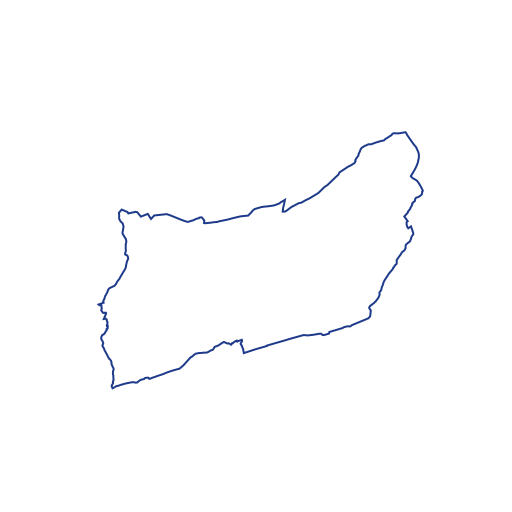 Poienarii De Arges, Arges, Romania (Robinson projection), rotated 324°
{"feature_id": "2599482B93022961694156", "entity_name": "Poienarii De Arges", "entity_type": "district", "adm_level": 2, "iso_a3": "ROU", "parent_name": "Romania", "parent_adm1": "Arges", "projection": "robinson", "projection_center": [24.518, 45.066], "detail": "fine", "context": "isolated", "style": "outline", "palette": "blue", "viewbox_px": 512, "rotation_deg": 324, "n_neighbors": 0, "source": "geoboundaries", "source_scale": "gbopen_adm2", "svg_char_len": 6008}
<svg xmlns="http://www.w3.org/2000/svg" viewBox="0 0 512 512"><g transform="rotate(324 256 256)"><path d="M380.2,338.3L381.8,337.4L382.4,336.5L383.5,335.2L385.0,334.8L389.0,334.7L391.8,333.0L392.5,332.3L393.4,331.8L394.4,331.3L395.6,331.1L396.1,330.8L396.8,329.6L398.8,323.1L395.5,323.1L395.5,321.3L396.4,319.0L397.5,317.4L398.1,317.0L399.2,317.0L399.2,311.2L404.4,310.1L405.1,309.4L408.6,308.4L409.3,307.8L411.3,307.0L412.7,306.1L413.0,305.5L413.4,305.2L414.0,305.3L415.1,304.9L416.6,305.0L417.0,304.7L418.7,303.2L419.7,303.0L422.3,303.7L423.1,303.8L425.2,303.8L426.7,303.4L427.3,302.8L428.1,301.7L428.7,301.7L429.4,301.1L430.0,297.8L430.5,292.9L430.5,289.7L429.6,287.4L428.6,285.3L428.1,282.8L428.2,282.4L428.8,282.1L429.5,281.9L435.9,279.1L438.7,277.6L441.7,275.7L445.4,272.3L447.3,269.9L448.4,267.2L449.5,262.0L449.2,258.1L449.4,247.0L449.8,244.4L449.7,243.7L444.5,241.2L442.3,239.8L440.0,237.9L438.3,237.3L436.4,237.9L434.7,237.7L431.3,237.6L429.9,237.4L429.2,237.4L427.6,237.7L426.8,237.4L425.1,236.6L420.4,234.9L414.6,233.2L413.0,231.9L411.4,231.4L410.2,231.3L409.1,230.9L405.4,230.6L403.7,231.0L401.4,232.5L398.8,233.9L397.8,235.0L394.2,236.1L392.6,236.9L392.3,237.8L390.4,238.7L385.7,238.4L382.4,237.8L380.9,237.8L372.8,237.4L370.3,238.7L369.3,238.7L355.4,240.6L352.1,240.4L343.4,241.7L333.0,240.8L328.6,240.0L324.0,239.5L321.7,238.4L314.1,237.3L311.8,237.2L307.7,237.3L305.8,237.2L303.7,235.8L306.4,232.8L308.7,231.0L312.4,227.6L309.7,227.4L308.3,227.1L307.0,227.2L304.6,227.0L303.4,226.5L302.2,226.3L299.7,225.4L293.9,222.3L293.1,221.7L289.4,219.7L286.7,218.7L282.4,217.2L281.3,217.3L279.6,217.4L278.2,217.9L273.3,218.7L271.8,217.7L266.7,214.8L260.5,212.2L254.1,209.7L246.2,206.1L244.6,205.7L242.3,204.2L240.7,203.3L239.6,202.8L234.8,200.0L233.6,199.2L233.3,198.7L235.0,197.0L235.1,196.4L234.9,195.6L234.9,194.9L235.0,194.2L234.8,192.8L232.7,191.6L232.0,191.9L231.6,191.7L230.4,191.1L228.2,190.5L226.2,190.3L225.4,189.9L221.0,188.4L220.1,187.5L217.1,183.2L209.9,171.7L208.3,169.6L197.5,163.4L192.8,164.3L193.2,158.3L186.0,156.5L185.7,150.8L184.5,149.5L177.7,146.5L177.9,144.9L174.6,139.5L170.6,140.4L169.0,143.0L167.7,144.6L167.0,146.1L166.8,148.6L167.3,151.2L166.2,154.3L161.6,158.8L161.1,160.0L160.7,165.1L160.8,165.5L160.6,165.9L159.9,167.6L159.1,168.6L157.6,169.9L156.9,170.7L154.5,174.1L154.1,174.7L154.0,175.0L153.9,175.2L153.0,176.0L151.6,177.0L151.2,177.5L151.1,178.1L151.2,178.3L151.6,178.8L151.9,179.2L152.0,179.6L152.1,180.2L152.0,180.9L151.4,182.3L151.3,182.7L150.9,183.1L148.4,184.6L147.9,185.0L145.3,187.3L144.4,188.3L143.6,188.9L142.2,189.7L141.1,190.2L139.1,191.0L136.4,192.2L134.2,193.1L132.1,194.2L130.1,194.7L128.2,195.3L127.3,195.9L126.6,196.1L126.0,196.5L124.7,196.8L123.8,196.9L123.5,196.9L122.6,196.6L120.9,196.4L119.3,196.0L117.8,196.0L116.9,196.3L115.6,197.0L114.1,198.1L112.3,198.9L111.2,199.5L110.3,199.8L108.0,201.6L105.7,202.8L105.3,204.2L100.1,202.7L100.2,203.4L100.7,204.1L102.0,204.8L101.8,205.3L101.4,206.0L101.2,206.4L100.8,206.8L100.4,207.8L100.2,208.0L99.1,208.7L98.8,209.1L98.9,210.8L98.7,211.6L98.7,211.8L99.0,212.1L99.4,212.6L99.6,212.8L100.2,212.9L101.0,213.4L101.2,213.6L101.2,214.1L100.8,214.5L98.8,215.7L95.9,217.5L97.6,218.3L97.6,218.7L97.8,219.7L97.8,219.9L97.4,220.4L97.1,221.0L97.2,221.5L96.6,222.8L96.0,223.4L95.5,223.8L94.6,224.3L94.5,224.5L94.5,224.8L95.1,225.2L95.1,225.4L94.9,225.6L94.5,225.4L94.1,225.4L94.0,225.6L94.1,226.3L94.1,226.5L93.8,227.0L93.5,227.3L93.1,227.4L92.5,227.3L92.0,227.3L91.8,227.6L91.8,228.0L91.1,228.5L90.9,228.6L90.3,228.6L88.9,229.3L88.5,229.4L88.1,229.7L87.1,229.7L86.4,229.9L85.8,229.7L85.2,229.6L84.8,229.7L84.0,230.2L83.3,230.6L82.2,231.9L82.0,232.3L81.9,232.9L81.9,233.8L81.4,236.3L81.2,236.7L80.7,237.2L79.1,238.1L78.9,238.4L78.9,238.9L78.7,240.6L78.7,241.5L78.5,242.0L78.2,242.7L78.0,243.6L78.0,244.3L77.9,245.0L77.8,245.8L77.7,246.4L77.4,248.7L77.2,249.5L76.8,253.0L76.9,253.3L77.1,253.8L77.1,255.7L76.8,256.6L76.5,257.0L76.2,257.7L75.5,258.7L75.4,259.0L75.3,260.1L74.9,261.4L74.8,262.5L74.6,263.3L74.4,263.7L74.0,264.3L72.6,265.2L72.0,265.9L71.2,266.9L70.5,268.2L70.4,268.7L68.9,270.9L68.2,272.1L67.8,272.5L67.5,273.0L66.9,273.2L66.3,273.6L65.9,274.4L65.6,274.8L65.1,275.1L63.5,275.8L62.9,276.2L62.7,276.5L62.2,278.7L63.9,279.0L66.8,279.2L67.1,279.4L67.6,279.7L68.1,280.0L70.7,280.7L75.3,282.4L80.6,284.8L81.4,285.3L82.9,286.2L83.9,287.5L84.2,287.7L84.8,288.0L85.4,288.5L87.8,288.3L90.1,288.5L90.6,288.6L91.5,289.1L92.2,289.3L93.1,289.7L93.5,289.7L94.1,289.4L94.4,289.5L95.2,289.8L96.8,290.7L97.2,291.0L97.4,291.4L97.4,292.6L97.7,292.9L100.1,293.4L103.0,294.4L105.4,295.0L108.4,296.0L109.5,296.3L111.6,297.0L114.1,297.5L120.2,299.3L127.2,301.9L127.8,302.2L133.0,301.8L142.4,299.8L143.4,299.5L144.4,299.8L149.6,299.5L153.0,301.1L154.2,301.9L154.5,302.1L157.6,303.9L157.8,304.2L159.3,305.1L160.0,305.4L162.2,305.7L163.7,305.8L165.5,306.3L166.4,306.4L167.0,306.2L168.5,305.4L169.3,305.2L171.0,305.8L171.9,305.9L172.9,306.3L175.0,306.3L179.3,306.6L179.6,306.8L181.3,309.9L182.4,310.4L182.6,310.6L183.7,313.1L185.5,312.5L185.7,312.9L185.8,312.9L188.4,312.7L190.7,313.2L190.5,314.2L192.1,314.5L195.3,315.5L195.2,315.8L195.0,316.2L194.3,316.9L193.7,317.2L193.1,317.3L192.2,317.7L192.0,318.1L191.8,318.5L191.8,318.8L191.8,319.2L191.9,319.9L191.6,320.4L191.5,321.2L190.8,323.9L189.1,327.4L201.2,331.3L211.9,335.2L212.1,334.9L217.8,336.9L227.4,340.4L235.6,343.3L248.2,348.0L250.6,350.2L251.6,350.9L256.2,353.5L261.1,355.9L263.0,357.1L263.5,359.2L264.7,360.0L269.5,361.7L270.7,360.6L283.8,365.2L285.4,365.3L289.0,366.8L290.5,368.2L291.3,368.4L292.9,368.3L310.4,372.5L311.1,372.3L313.0,371.8L316.9,367.5L316.9,365.0L317.4,364.1L318.9,363.5L323.4,363.4L326.2,363.0L330.0,361.9L332.1,360.8L333.3,359.9L334.3,358.2L335.2,357.8L337.2,357.2L339.3,355.3L341.5,354.0L343.8,352.2L345.8,351.2L353.4,348.3L358.1,347.2L359.1,346.8L360.3,346.1L361.0,346.2L362.4,345.4L363.3,345.2L364.8,345.1L365.5,344.7L367.5,341.9L374.8,339.5L375.7,339.0L376.7,338.7L379.3,338.7L380.2,338.3Z" fill="none" stroke="#1e3a8a" stroke-width="2"/></g></svg>